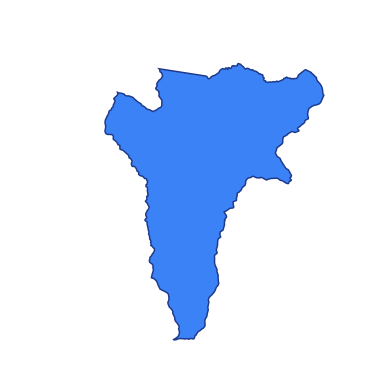 the district of El Águila, Valle del Cauca, Colombia, rotated 195°
{"feature_id": "7082276B1381167873192", "entity_name": "El Águila", "entity_type": "district", "adm_level": 2, "iso_a3": "COL", "parent_name": "Colombia", "parent_adm1": "Valle del Cauca", "projection": "orthographic", "projection_center": [-76.062, 4.938], "detail": "fine", "context": "isolated", "style": "filled", "palette": "blue", "viewbox_px": 384, "rotation_deg": 195, "n_neighbors": 0, "source": "geoboundaries", "source_scale": "gbopen_adm2", "svg_char_len": 6089}
<svg xmlns="http://www.w3.org/2000/svg" viewBox="0 0 384 384"><g transform="rotate(195 192 192)"><path d="M171.6,44.8L171.1,44.5L169.3,45.1L166.6,47.0L165.4,47.4L162.2,48.1L160.9,48.1L159.2,49.0L156.8,49.0L155.6,50.2L153.4,50.3L152.5,50.5L152.0,51.1L151.8,54.2L151.0,55.0L150.6,57.1L149.9,58.7L148.1,60.5L147.0,62.4L146.0,63.1L144.9,65.6L144.9,66.6L146.5,71.8L145.5,75.5L145.8,78.8L145.8,82.4L146.9,84.7L147.2,89.9L148.3,92.1L148.3,93.8L147.9,95.1L146.0,98.2L144.4,101.7L143.8,106.3L142.6,109.0L142.5,110.1L142.7,111.2L143.5,112.7L144.7,116.1L145.0,117.9L146.3,120.1L147.1,121.1L147.4,121.9L147.7,123.5L150.8,127.4L151.9,129.4L152.9,133.5L153.7,135.8L153.6,137.2L152.1,139.0L152.0,139.9L153.4,142.1L153.6,143.0L153.5,146.7L154.5,151.3L154.6,153.2L154.3,154.1L153.2,155.1L152.7,155.9L153.0,156.6L153.6,157.1L153.9,157.9L154.3,159.3L154.4,160.5L154.2,161.1L152.5,162.8L152.2,163.4L152.1,168.7L153.0,171.5L152.7,172.9L153.4,173.9L152.8,174.7L152.2,176.8L152.6,177.9L155.6,180.8L155.8,181.2L154.1,182.5L151.1,186.1L148.5,187.1L147.8,187.7L147.9,188.6L149.1,191.1L149.7,192.9L149.3,193.6L147.5,194.8L146.9,195.5L147.4,197.4L147.5,200.5L147.9,201.7L147.9,202.7L146.4,204.2L145.3,206.1L144.9,206.9L144.7,209.1L142.5,212.3L142.4,213.8L142.9,216.1L142.7,217.4L142.2,218.8L141.0,220.3L139.3,221.0L137.5,222.9L135.6,222.9L133.5,222.4L131.6,223.0L130.3,223.0L129.7,223.8L129.1,223.9L128.0,224.0L123.3,222.9L122.6,223.2L122.1,223.8L119.5,225.4L113.7,227.3L112.5,227.3L109.9,226.2L107.2,226.2L103.3,224.9L101.7,224.9L101.0,225.2L100.9,225.5L100.9,226.9L100.6,227.7L99.6,228.1L99.2,228.8L99.5,229.7L100.6,230.1L100.9,230.6L100.9,231.4L100.2,232.1L100.2,233.7L104.3,238.0L105.0,238.5L106.9,238.9L108.0,239.6L113.7,244.8L115.6,247.2L118.3,248.2L119.5,248.9L121.5,251.3L121.6,251.6L121.3,254.6L121.5,256.4L117.5,261.8L117.2,262.6L117.3,263.7L117.9,266.3L118.0,268.5L117.8,269.0L115.2,271.4L114.1,273.3L111.4,276.1L110.3,276.4L107.9,276.1L104.6,278.6L104.7,279.2L106.4,280.2L106.4,281.1L106.1,281.7L104.6,283.3L103.9,284.8L101.8,287.2L101.2,288.7L101.3,289.9L101.0,290.7L98.7,292.8L98.8,293.7L100.5,297.1L100.8,300.3L100.7,302.8L98.1,306.0L96.5,307.3L94.1,308.5L92.2,309.8L90.9,311.7L89.7,319.6L90.8,320.4L92.3,324.4L93.9,327.2L95.7,329.1L97.8,330.6L98.7,331.0L100.7,332.9L101.6,334.9L104.0,335.9L105.1,336.9L106.3,337.1L107.8,338.3L111.4,339.1L113.9,339.5L114.8,338.8L119.1,333.1L119.6,331.6L119.4,330.8L120.5,328.7L120.9,328.4L122.4,328.3L123.2,327.4L124.8,327.5L125.8,326.9L126.4,327.3L126.9,327.3L127.6,327.0L128.1,327.1L128.3,326.9L129.0,326.9L130.2,327.5L131.4,326.5L131.6,325.8L132.6,325.5L132.9,324.3L137.3,320.8L137.7,320.7L138.6,321.1L140.0,320.0L142.4,319.4L143.9,318.6L145.6,318.4L147.5,317.4L147.8,317.5L149.0,317.4L149.8,318.4L150.6,318.2L151.3,318.5L152.0,319.4L151.8,320.2L151.9,320.9L153.2,321.4L153.8,323.1L154.2,323.5L155.7,323.4L156.7,323.8L157.6,323.4L158.9,324.3L159.9,324.5L160.6,325.0L162.1,325.2L162.9,324.9L163.5,325.0L164.7,325.7L165.3,325.7L165.8,325.1L166.7,325.3L167.8,325.2L169.0,325.8L170.3,325.9L171.2,325.5L171.9,324.8L172.8,324.7L174.7,326.2L176.6,326.9L177.8,327.7L178.7,328.0L180.5,328.0L181.1,327.3L181.0,325.9L181.7,325.3L183.0,324.8L184.4,324.8L185.7,324.2L186.5,321.5L187.5,321.2L188.1,321.5L188.5,321.1L188.7,321.5L189.0,321.5L189.6,320.8L189.5,319.8L191.0,320.6L191.4,320.6L191.8,320.3L191.9,319.2L192.9,318.9L194.1,319.2L195.3,318.4L196.5,316.6L197.0,314.2L200.0,310.8L202.3,309.3L203.5,307.8L204.1,306.4L205.1,305.7L205.9,305.8L207.4,307.3L208.5,307.6L255.7,302.5L254.9,302.0L254.6,301.1L253.9,299.8L252.7,299.5L252.2,298.9L251.6,298.6L250.5,296.2L250.9,294.0L251.6,292.8L252.7,291.5L253.9,288.3L253.9,286.7L253.1,285.8L253.8,283.4L253.8,282.6L253.1,281.8L250.0,280.6L249.8,279.3L249.0,278.4L248.9,276.2L245.1,273.1L244.7,272.5L243.5,267.4L243.8,266.4L244.3,265.5L245.8,264.4L248.0,261.5L249.0,261.1L250.2,259.7L250.8,259.7L254.2,260.4L257.4,260.5L259.1,261.7L263.0,262.8L264.1,264.0L266.9,264.7L271.7,266.9L273.3,268.0L277.6,268.5L279.9,267.9L281.8,268.1L282.8,269.0L286.5,269.1L288.1,268.7L289.8,269.0L289.1,267.4L289.1,266.3L291.7,262.2L291.5,261.5L290.2,260.7L289.9,259.9L290.1,257.6L290.5,256.1L290.3,254.0L291.3,252.1L291.2,250.6L292.6,249.4L293.0,248.0L292.9,245.5L293.7,243.0L293.7,241.9L294.1,240.8L294.3,238.8L294.0,236.5L292.2,232.7L291.8,228.1L290.5,226.3L290.1,226.0L288.3,225.8L284.6,226.7L283.0,226.3L282.4,225.4L281.8,222.9L281.5,222.4L279.5,221.7L277.3,220.5L275.7,218.5L274.0,218.4L273.6,218.2L273.4,216.8L272.5,214.6L270.0,214.5L268.7,214.1L262.8,211.0L261.5,208.7L261.2,208.5L260.3,208.6L259.5,208.0L257.9,206.4L257.7,205.6L258.0,203.6L257.3,202.4L256.5,201.4L255.8,201.3L254.4,201.8L253.9,201.7L251.6,199.9L250.6,198.1L249.3,197.6L248.4,197.0L248.2,195.5L248.0,195.1L247.1,194.9L246.9,194.6L246.4,194.4L243.7,194.4L241.0,192.7L240.2,193.1L239.2,192.8L238.7,191.7L237.8,191.4L237.7,189.5L237.3,188.1L238.2,187.2L237.9,186.2L238.0,185.5L236.3,184.8L235.5,183.0L235.6,181.8L235.2,181.3L235.0,180.4L234.3,179.5L234.2,178.3L233.8,177.9L233.5,177.2L233.6,176.5L234.4,176.3L234.6,175.9L233.7,173.6L233.9,172.5L234.6,171.1L234.2,170.6L233.1,170.2L229.5,166.5L229.6,164.1L230.5,162.4L230.5,161.0L231.1,159.4L230.6,157.5L229.1,155.6L229.2,155.0L230.2,153.3L230.2,152.8L229.6,152.0L228.3,151.9L227.9,151.7L226.7,148.6L224.8,145.1L224.4,143.8L223.5,142.8L223.1,141.8L223.1,140.7L222.9,139.9L221.5,138.3L220.8,135.8L220.4,135.3L219.5,134.8L219.1,134.0L219.0,132.9L217.7,130.5L217.9,129.7L216.3,129.2L214.9,128.1L213.8,127.6L213.4,127.1L213.2,125.1L213.3,123.9L214.0,122.5L215.0,119.0L215.7,118.1L215.4,116.6L215.5,115.2L215.3,114.2L214.5,113.1L211.9,112.1L210.7,111.0L210.4,110.3L210.2,108.8L209.6,107.9L209.0,106.0L209.2,102.9L209.1,98.8L208.6,98.6L206.7,98.6L203.6,97.1L202.5,96.0L200.7,93.4L197.7,89.9L191.2,88.6L188.8,87.6L188.3,87.1L187.1,84.4L186.4,81.9L186.7,79.0L186.1,77.6L184.3,75.2L181.0,73.1L180.1,72.3L179.6,71.5L179.1,69.7L176.5,66.7L175.3,63.9L174.4,62.9L172.2,61.3L170.1,59.4L169.6,58.6L169.4,57.7L169.6,56.5L167.7,53.2L167.7,50.2L168.4,48.1L169.3,47.4L170.0,46.2L171.6,44.8Z" fill="#3b82f6" stroke="#1e3a8a" stroke-width="1.5"/></g></svg>